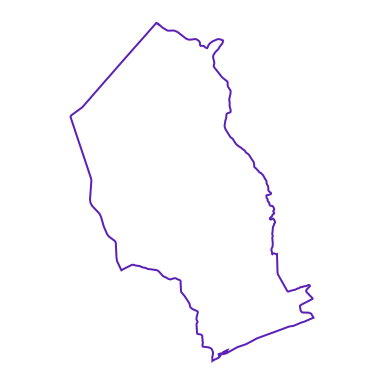 the border of Gaza
{"feature_id": "MOZ-1207", "entity_name": "Gaza", "entity_type": "Province", "adm_level": 1, "iso_a3": "MOZ", "parent_name": "Mozambique", "parent_adm1": "", "projection": "albers", "projection_center": [33.324, -23.335], "detail": "fine", "context": "isolated", "style": "outline", "palette": "violet", "viewbox_px": 384, "rotation_deg": 0, "n_neighbors": 0, "source": "natural_earth", "source_scale": "10m", "svg_char_len": 5949}
<svg xmlns="http://www.w3.org/2000/svg" viewBox="0 0 384 384"><path d="M159.2,25.0L159.1,24.6L162.4,27.5L166.8,30.2L168.0,30.7L173.0,30.5L174.5,30.7L177.5,32.0L186.2,38.7L187.4,39.2L188.7,39.6L190.2,39.7L194.6,39.1L195.7,39.1L196.8,39.5L198.2,40.4L199.4,41.5L199.9,42.8L200.1,45.2L200.7,45.9L201.9,45.8L203.7,45.9L204.3,46.6L205.8,47.7L207.2,48.1L207.9,46.7L208.4,45.3L209.6,43.7L211.2,42.3L212.6,41.4L217.2,39.3L218.6,39.1L220.4,39.4L223.1,40.5L222.7,42.3L222.4,43.2L222.0,43.9L219.7,46.7L218.5,48.9L218.0,49.5L217.4,50.1L216.2,51.2L214.7,53.0L214.1,54.1L213.8,54.4L213.4,55.1L213.3,55.6L213.2,56.0L213.1,56.5L213.1,57.0L213.1,57.5L214.2,61.8L214.3,62.8L214.3,63.5L214.0,64.3L213.8,65.2L213.8,66.2L213.9,66.8L214.3,67.4L222.1,77.3L227.3,81.5L227.5,81.7L227.6,82.2L227.6,84.2L227.7,85.5L228.0,86.7L230.5,90.5L230.6,91.4L230.6,92.1L230.4,94.1L229.2,99.5L229.2,100.0L229.6,102.0L229.7,103.6L229.6,105.1L229.6,106.1L230.5,109.5L230.7,111.0L230.6,111.5L230.5,112.0L230.2,112.2L229.8,112.5L227.6,113.2L226.9,113.7L226.7,114.0L226.5,114.3L226.4,114.8L226.2,117.9L226.1,118.3L225.3,120.8L224.6,125.5L224.6,126.1L224.7,126.6L224.9,127.6L225.7,129.6L230.2,136.8L230.7,137.4L231.1,137.7L232.2,138.4L232.5,138.7L233.0,139.3L233.9,140.7L234.5,141.8L235.9,143.8L237.4,145.3L239.6,146.9L240.1,147.1L240.8,147.5L242.6,149.1L244.0,150.0L244.6,150.5L245.1,151.1L245.5,151.9L246.0,152.5L246.3,152.8L248.0,153.9L248.6,154.4L249.6,155.7L250.9,158.0L253.5,161.8L254.0,163.4L254.2,164.9L254.2,166.4L254.3,166.9L254.8,167.5L255.2,167.8L255.6,168.1L255.9,168.3L256.7,169.3L257.0,169.6L257.6,170.1L258.5,171.1L259.3,172.2L259.9,172.6L260.5,172.9L260.9,173.0L261.3,173.3L262.1,174.3L262.6,174.6L263.0,175.2L263.5,175.9L265.2,179.1L265.4,179.4L265.7,179.7L266.2,180.4L266.4,180.8L266.5,181.3L266.5,182.6L266.6,183.3L266.8,184.0L267.9,185.8L268.1,186.5L268.3,187.5L268.3,189.8L268.4,190.4L268.7,191.0L269.3,191.7L269.8,192.1L270.6,192.5L270.9,192.9L271.0,193.2L271.0,193.7L270.7,194.1L270.4,194.3L268.2,195.0L267.3,195.0L266.9,195.1L266.6,195.3L266.4,195.7L266.4,196.2L266.4,196.7L266.5,197.3L266.7,197.9L267.6,199.3L267.7,200.0L267.6,200.5L267.7,200.9L267.9,201.4L268.7,202.1L269.0,202.5L269.2,203.1L269.5,204.3L269.7,205.0L270.0,205.5L270.7,205.8L271.1,205.9L272.1,205.9L272.6,206.1L273.1,206.7L274.1,208.7L274.3,209.3L274.1,209.9L273.8,210.2L273.5,210.6L273.3,210.9L273.3,211.3L273.5,211.8L273.9,212.5L274.2,212.9L274.1,213.5L273.8,213.9L273.4,214.1L273.0,214.3L272.7,214.6L272.5,214.9L272.4,215.3L272.0,216.1L271.8,216.4L271.5,216.7L270.2,217.8L270.0,218.1L269.9,218.5L269.9,219.0L270.1,219.3L270.6,219.5L271.1,219.5L271.5,219.3L272.2,218.9L272.6,218.7L273.0,218.7L273.4,218.8L273.7,219.2L274.9,221.4L275.0,222.0L275.0,222.6L274.8,223.0L274.3,223.6L274.1,224.0L274.0,224.9L273.9,225.3L273.0,226.7L272.9,227.1L272.8,229.1L272.6,230.6L272.6,231.9L272.3,232.8L272.3,233.4L272.3,234.2L272.7,235.8L272.6,236.5L272.5,237.1L272.4,237.5L272.3,238.0L272.8,243.6L272.6,245.2L272.7,246.0L272.6,246.5L272.5,246.9L272.4,247.0L271.7,248.4L271.5,249.2L271.4,249.7L271.5,250.2L272.0,252.6L272.1,253.2L272.1,254.0L272.3,254.2L272.8,253.6L273.4,253.4L273.9,253.3L274.3,253.4L274.7,253.6L275.5,254.0L275.8,254.1L276.3,254.2L277.0,254.0L277.5,272.0L277.6,273.2L278.0,274.5L287.1,290.7L287.7,291.4L288.2,291.6L291.3,290.6L294.5,289.9L295.4,289.6L296.2,289.2L296.5,289.0L297.1,288.6L297.3,288.6L298.3,288.4L298.7,288.3L299.1,288.1L300.1,287.3L300.6,287.2L301.1,287.1L302.0,287.1L302.5,287.0L303.5,286.4L304.0,286.3L305.5,286.2L306.0,286.1L306.4,286.0L308.4,285.0L308.8,285.0L309.2,285.1L309.6,285.3L309.9,285.6L309.9,286.0L309.3,286.9L307.0,289.2L306.4,290.0L306.1,291.0L306.7,292.2L312.4,298.1L312.6,298.7L312.2,299.1L301.5,304.6L300.6,305.2L299.9,305.9L300.0,306.9L300.3,308.1L300.4,309.3L300.7,310.4L301.1,311.3L301.8,312.2L303.1,312.5L309.0,312.7L311.2,313.7L313.5,317.7L303.7,321.9L301.7,322.4L293.4,325.9L289.2,326.5L272.5,332.7L257.1,338.3L246.3,344.1L237.3,347.2L226.3,353.3L223.3,354.1L223.3,353.6L224.5,353.0L225.7,352.2L226.8,351.2L227.4,350.1L226.4,350.5L223.4,352.0L222.7,352.8L221.8,353.4L220.0,353.6L218.6,354.2L219.1,355.9L219.5,355.6L220.6,355.2L219.5,357.1L217.8,358.2L214.0,359.9L212.4,361.0L212.3,357.3L212.3,356.8L212.7,355.5L213.0,353.6L213.0,353.1L212.8,351.6L212.6,351.1L212.3,350.3L211.7,349.2L211.3,348.7L210.8,348.3L209.7,347.8L208.4,347.3L203.1,346.7L202.8,346.6L202.6,345.9L202.4,345.1L202.5,344.8L202.5,344.5L202.8,343.4L202.9,342.9L202.5,340.4L202.5,339.0L202.4,338.2L202.3,337.9L202.2,337.5L202.3,337.2L202.4,336.3L202.3,335.8L202.0,335.4L201.5,334.9L200.4,334.4L199.7,334.2L198.0,334.1L197.6,333.9L197.2,333.6L197.0,332.7L196.5,324.0L196.6,323.7L196.8,323.3L197.0,323.1L197.3,322.7L197.5,322.4L197.5,321.8L197.3,321.0L196.5,319.7L196.5,318.4L196.6,317.2L197.8,312.6L197.7,311.6L197.0,311.0L193.2,309.4L192.2,308.8L191.0,307.8L190.4,307.2L190.1,306.7L189.7,304.6L189.5,303.7L189.1,302.9L184.4,295.8L181.5,292.4L181.3,292.0L181.1,291.6L181.0,291.1L180.6,282.9L180.7,281.7L180.6,281.3L180.5,280.9L180.2,280.5L179.7,280.1L179.3,279.9L177.4,279.3L176.5,278.8L176.2,278.5L175.8,278.3L175.3,278.2L174.7,278.2L173.2,278.5L171.4,279.2L170.9,279.3L170.4,279.3L169.7,279.3L169.0,279.1L167.8,278.6L165.7,277.3L163.5,276.4L163.0,276.1L159.0,271.6L158.3,271.1L157.7,270.6L156.5,270.1L147.6,268.9L145.8,268.0L145.1,267.8L142.7,267.4L141.3,266.9L141.0,266.7L140.0,266.1L135.6,265.5L133.8,264.9L133.1,264.8L132.6,264.8L132.0,264.8L122.6,269.5L121.4,270.3L117.0,261.0L116.5,257.5L115.8,243.1L115.4,241.7L114.5,240.7L109.6,237.1L108.2,235.8L107.1,234.1L103.9,226.8L100.9,216.5L99.4,213.6L92.0,205.7L90.5,202.8L90.0,199.4L91.4,180.5L90.9,178.0L85.5,161.7L82.2,151.9L78.1,139.7L74.0,127.4L70.5,116.9L71.2,115.4L77.2,111.0L82.2,107.4L86.1,102.9L90.1,98.4L94.0,93.8L98.0,89.3L105.9,80.2L109.9,75.7L113.9,71.1L117.8,66.6L125.8,57.5L129.8,53.0L133.8,48.4L137.8,43.9L141.8,39.4L145.8,34.9L149.8,30.3L153.5,26.2L156.2,23.0L159.2,25.0Z" fill="none" stroke="#5b21b6" stroke-width="2"/></svg>